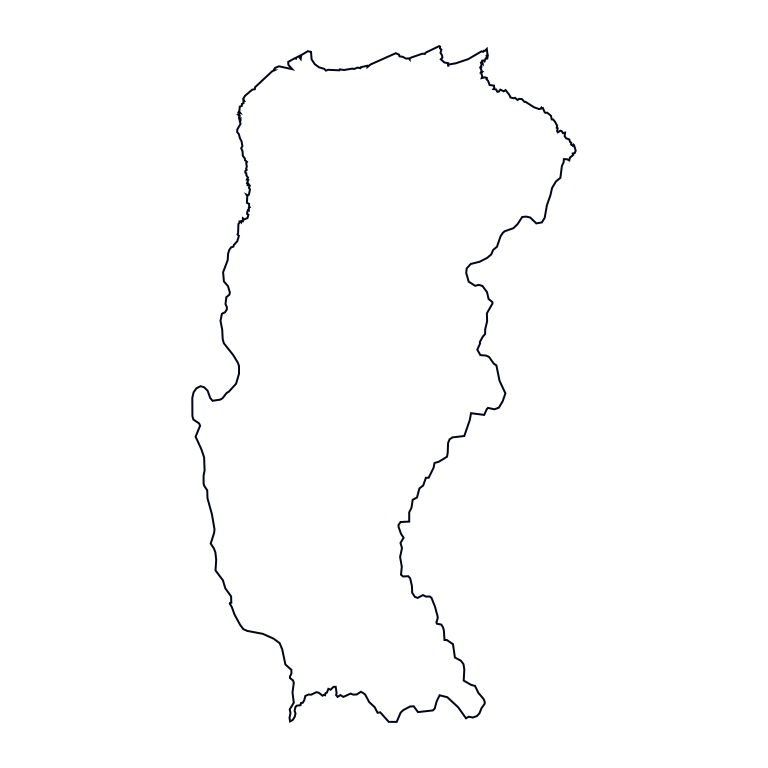 Rioverde, Esmeraldas, Ecuador
{"feature_id": "8360857B16857875434642", "entity_name": "Rioverde", "entity_type": "district", "adm_level": 2, "iso_a3": "ECU", "parent_name": "Ecuador", "parent_adm1": "Esmeraldas", "projection": "equal_earth", "projection_center": [-79.313, 0.83], "detail": "fine", "context": "isolated", "style": "outline", "palette": "ink", "viewbox_px": 768, "rotation_deg": 0, "n_neighbors": 0, "source": "geoboundaries", "source_scale": "gbopen_adm2", "svg_char_len": 6011}
<svg xmlns="http://www.w3.org/2000/svg" viewBox="0 0 768 768"><path d="M487.5,54.8L486.8,48.9L484.9,50.9L484.0,50.7L483.1,51.8L481.4,51.4L468.3,59.1L455.8,63.3L448.2,64.6L448.5,66.6L447.9,64.5L448.2,63.2L444.4,62.5L440.8,59.3L442.4,57.7L442.0,55.2L440.5,52.9L441.4,49.6L440.0,48.4L440.1,46.6L439.2,46.1L425.6,52.7L424.9,53.9L422.4,53.7L411.9,57.3L409.7,58.3L409.7,59.4L408.9,58.4L406.1,58.6L402.7,56.8L399.5,56.3L399.0,54.7L395.8,53.2L370.5,64.5L367.5,67.0L367.6,65.8L368.4,65.5L360.8,67.2L360.5,68.2L357.6,67.6L354.0,69.0L352.2,68.6L344.2,70.0L339.8,69.4L339.4,70.3L328.1,69.8L325.9,70.6L324.3,68.9L319.0,67.3L314.8,64.2L311.6,59.4L311.0,51.9L307.8,51.2L301.2,55.2L300.7,59.0L299.5,57.4L300.2,55.6L295.9,57.8L296.0,58.6L294.5,58.4L288.2,61.9L288.4,64.9L292.3,69.2L278.9,66.3L275.1,67.9L273.7,70.1L274.6,70.2L272.0,71.4L255.0,87.3L254.8,89.2L252.2,89.7L245.0,95.8L243.2,98.9L244.2,100.8L243.4,100.7L243.5,103.2L241.9,104.0L241.8,105.9L239.8,106.6L239.4,110.5L238.6,112.1L239.6,112.0L240.3,113.0L239.7,112.8L239.6,113.7L238.0,114.6L239.8,116.0L238.9,117.3L239.3,119.1L240.5,118.5L240.5,120.8L239.8,121.2L240.5,123.9L237.3,129.4L237.2,132.2L238.8,134.0L240.0,138.4L241.5,141.1L242.4,146.0L241.2,148.2L242.6,151.5L242.8,155.8L244.8,158.4L245.0,160.2L247.0,161.9L246.2,162.9L246.8,166.6L246.1,168.8L246.7,169.9L245.3,171.0L245.3,172.7L246.3,173.3L246.4,175.4L248.0,177.7L246.9,179.6L248.2,179.9L247.1,183.2L247.7,183.4L247.6,185.2L248.2,185.3L248.6,184.1L249.8,185.7L248.9,187.9L250.0,189.3L248.9,194.7L247.9,195.4L246.5,194.7L247.3,196.1L246.9,202.8L249.1,203.9L249.1,206.2L249.7,207.2L248.9,207.4L248.8,210.6L247.9,210.2L247.2,212.3L247.1,213.9L248.4,214.7L247.5,218.0L244.4,219.4L242.9,218.3L242.9,221.2L241.9,221.0L241.4,222.1L241.0,221.2L239.5,221.4L239.6,222.6L238.4,224.0L238.1,233.0L237.5,234.5L238.9,235.8L237.3,241.2L233.9,244.9L233.4,246.6L231.2,247.3L229.3,249.8L228.1,253.7L227.7,260.1L223.1,272.2L223.9,281.4L228.0,286.2L229.9,292.6L229.3,294.8L226.3,297.2L225.5,304.1L226.9,307.2L226.8,309.5L225.1,312.2L221.9,313.8L220.5,320.9L222.2,329.5L222.7,339.0L223.8,343.2L233.3,355.2L238.0,363.0L239.0,366.1L239.0,373.8L236.1,383.7L228.9,391.6L226.5,393.1L222.6,398.2L220.3,399.6L212.6,400.8L210.2,398.0L207.6,390.7L204.2,387.3L200.6,386.2L196.5,388.2L193.6,392.3L192.3,397.9L192.4,416.1L193.4,419.6L199.1,423.4L200.1,425.7L195.6,436.7L201.3,449.1L204.1,457.4L204.6,470.4L203.6,475.5L203.6,483.6L204.2,485.8L207.2,490.3L207.5,498.3L211.9,514.2L214.5,529.2L214.1,533.0L210.7,543.6L213.9,548.4L215.4,552.5L216.2,559.8L215.5,570.4L222.9,580.3L225.3,588.3L231.1,596.4L231.3,602.7L230.1,602.9L229.8,603.7L231.8,607.0L234.5,614.5L240.1,624.8L243.3,629.1L247.2,630.9L262.7,633.8L273.5,638.6L279.6,643.1L282.2,649.3L285.4,664.5L291.4,669.9L291.4,673.6L290.0,676.4L290.0,678.1L293.0,680.4L293.8,682.6L292.5,692.6L293.8,702.7L289.7,709.4L290.5,712.9L289.5,717.8L290.1,721.4L292.7,720.0L294.7,716.9L295.5,713.4L294.6,710.8L295.5,706.9L296.7,705.7L300.5,705.2L301.0,703.0L302.7,702.8L304.3,700.1L305.3,696.0L308.5,694.5L311.1,694.7L316.4,692.2L318.7,692.7L322.6,695.7L323.6,694.9L325.1,695.2L325.4,693.3L326.9,692.6L328.4,688.8L330.6,689.7L333.5,686.9L335.7,686.8L336.6,693.2L336.1,695.0L337.6,696.9L340.4,695.1L343.4,696.9L350.5,693.6L353.2,694.6L356.6,694.5L360.9,691.8L363.3,693.1L365.2,694.6L369.2,702.1L374.7,707.2L377.6,712.8L380.2,712.3L388.8,721.9L396.7,721.9L400.6,712.7L403.1,710.2L410.1,706.5L413.7,706.3L418.0,712.1L432.9,710.4L434.7,708.6L436.6,701.5L439.6,695.3L447.3,697.2L458.2,707.3L466.0,718.3L468.7,716.7L472.8,717.5L476.9,716.1L479.5,713.2L481.5,708.2L484.6,703.8L484.8,702.1L483.7,699.1L478.4,692.9L475.0,685.9L471.2,684.9L463.7,680.6L464.3,669.6L463.5,664.2L461.0,660.8L454.9,657.5L453.0,644.2L446.8,640.0L444.5,640.0L443.8,629.9L442.9,627.2L441.3,624.6L436.9,623.7L436.4,622.4L437.7,618.2L437.6,616.4L435.0,606.7L431.5,597.9L429.8,596.5L425.8,596.5L422.9,595.1L417.7,597.9L414.9,596.9L412.2,592.8L411.9,585.9L410.2,578.3L408.2,576.2L403.1,576.5L401.0,574.7L401.8,566.7L400.1,557.0L402.0,548.1L400.5,543.0L403.6,537.7L401.0,533.8L398.6,527.0L398.5,525.0L400.6,522.0L409.2,521.6L409.2,512.3L411.5,507.7L412.7,499.8L417.0,497.5L419.4,488.4L423.2,485.5L425.9,477.8L428.7,477.7L433.6,467.7L434.5,463.0L439.1,461.6L447.0,456.7L447.7,453.0L448.1,442.9L449.6,439.3L452.4,437.4L464.3,436.0L469.8,420.0L471.0,413.2L484.2,414.9L486.8,409.1L488.0,407.9L494.4,409.3L498.8,407.7L502.7,401.2L505.4,393.4L499.5,380.7L496.4,365.4L493.8,363.7L489.1,357.0L486.2,355.6L480.4,355.1L477.3,349.7L480.0,343.7L479.9,341.9L482.8,336.6L485.1,334.1L485.2,329.2L487.1,321.4L486.9,313.3L492.5,303.5L492.4,302.1L488.6,299.0L487.0,292.1L482.4,285.9L478.8,284.9L475.2,285.8L468.7,281.7L466.2,273.0L466.7,268.4L470.7,264.0L479.7,261.7L487.1,257.9L491.2,254.5L493.1,250.0L497.0,246.7L500.5,236.4L502.8,232.9L504.6,231.3L513.4,228.2L517.6,224.1L522.2,217.0L526.2,216.6L530.2,217.5L536.3,223.4L541.9,222.4L544.7,217.8L546.9,205.3L550.4,195.3L552.1,187.9L556.0,181.4L560.4,177.8L561.9,165.9L563.6,162.4L563.9,159.1L567.2,159.3L569.3,160.4L569.9,157.6L573.2,155.0L572.7,153.5L574.7,153.1L575.7,150.7L574.1,145.3L573.4,144.6L572.8,145.8L571.1,144.5L571.2,142.7L570.2,142.1L569.2,139.4L566.1,138.3L564.6,136.1L565.1,132.6L562.9,133.1L561.7,131.2L560.4,130.7L557.8,132.3L557.1,131.0L557.7,128.3L556.7,127.8L557.2,125.8L555.1,121.9L553.2,119.5L551.7,119.4L551.0,115.8L547.2,112.7L545.5,112.9L544.6,112.1L542.9,108.1L542.1,108.4L541.5,107.5L540.5,108.8L538.9,109.0L534.1,107.3L525.5,101.8L524.5,101.9L521.9,99.1L519.0,98.9L517.6,100.0L515.0,97.8L513.9,98.3L510.5,97.5L509.5,95.1L505.6,90.1L503.7,91.3L500.3,89.6L498.7,91.7L497.4,91.8L496.0,89.4L493.4,89.1L494.3,87.8L493.9,85.6L489.6,85.0L488.1,80.9L486.5,79.2L486.9,78.0L484.9,77.3L481.7,78.1L482.3,76.3L481.2,73.3L482.1,72.2L480.9,72.3L481.7,70.8L480.2,67.5L480.6,66.8L480.9,68.2L481.3,67.7L481.5,64.2L480.9,62.6L481.6,62.1L482.6,63.3L482.2,60.7L483.9,60.4L484.6,61.2L485.7,58.4L487.3,58.5L487.7,56.0L486.7,56.4L486.5,55.7L487.5,54.8Z" fill="none" stroke="#020617" stroke-width="2"/></svg>